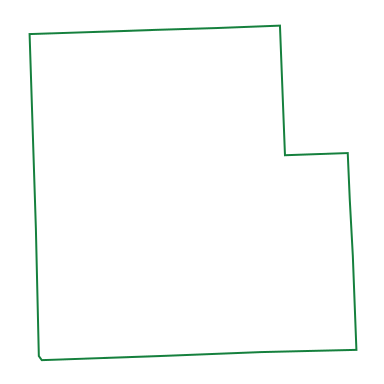 the district of Wood, Wisconsin, United States of America, rotated 358°
{"feature_id": "52423323B58004100202337", "entity_name": "Wood", "entity_type": "district", "adm_level": 2, "iso_a3": "USA", "parent_name": "United States of America", "parent_adm1": "Wisconsin", "projection": "albers", "projection_center": [-90.031, 44.466], "detail": "fine", "context": "isolated", "style": "outline", "palette": "green", "viewbox_px": 384, "rotation_deg": 358, "n_neighbors": 0, "source": "geoboundaries", "source_scale": "gbopen_adm2", "svg_char_len": 347}
<svg xmlns="http://www.w3.org/2000/svg" viewBox="0 0 384 384"><g transform="rotate(358 192 192)"><path d="M35.2,28.5L34.7,223.3L33.2,350.6L36.0,354.8L160.1,354.8L255.5,354.4L350.8,355.5L350.5,261.5L349.4,204.7L349.0,158.5L286.2,158.5L285.7,28.8L222.4,29.0L161.1,28.7L129.0,28.7L35.2,28.5Z" fill="none" stroke="#15803d" stroke-width="2"/></g></svg>